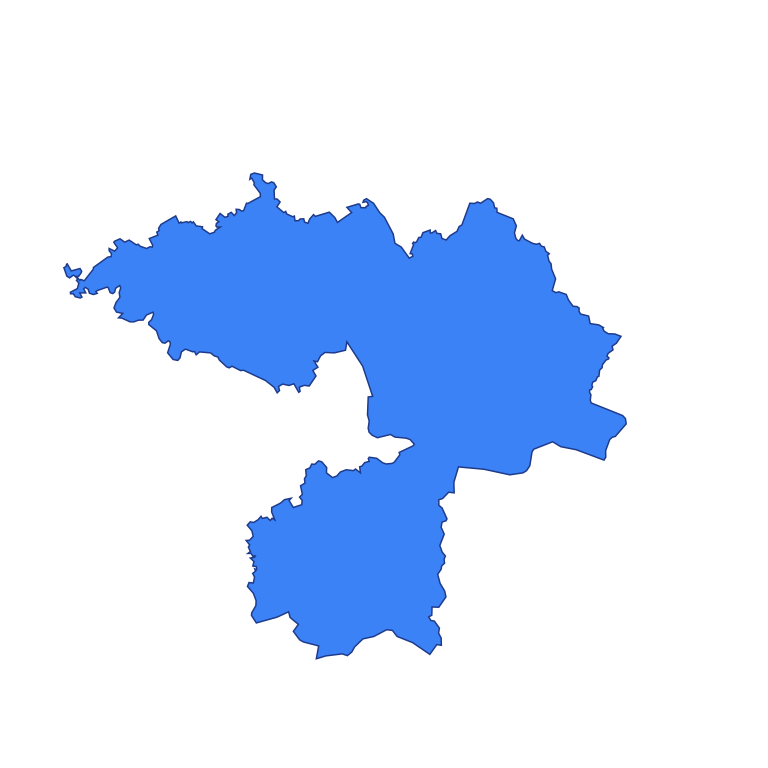 outline of Dhaka, Dhaka, Bangladesh, rotated 331°
{"feature_id": "16705992B90744549146712", "entity_name": "Dhaka", "entity_type": "district", "adm_level": 2, "iso_a3": "BGD", "parent_name": "Bangladesh", "parent_adm1": "Dhaka", "projection": "mercator", "projection_center": [90.205, 23.783], "detail": "fine", "context": "isolated", "style": "filled", "palette": "blue", "viewbox_px": 768, "rotation_deg": 331, "n_neighbors": 0, "source": "geoboundaries", "source_scale": "gbopen_adm2", "svg_char_len": 6171}
<svg xmlns="http://www.w3.org/2000/svg" viewBox="0 0 768 768"><g transform="rotate(331 384 384)"><path d="M283.3,136.0L266.3,136.3L262.4,138.5L261.6,140.9L258.9,141.0L258.4,144.2L249.2,143.0L248.9,150.7L247.6,151.9L245.9,150.5L242.1,150.4L237.6,145.4L236.7,142.5L234.8,142.2L230.9,134.6L226.0,134.2L223.5,129.0L217.5,128.5L216.4,129.0L217.0,135.8L212.8,137.2L209.3,132.2L208.2,134.2L208.8,137.9L207.1,140.3L204.0,139.1L186.4,141.2L185.3,142.7L171.9,148.4L169.5,145.6L168.2,145.9L167.3,140.8L169.4,141.7L173.1,139.9L174.2,138.8L174.1,135.6L165.3,133.5L165.2,125.4L164.5,125.3L162.7,127.1L160.4,127.1L158.9,135.9L160.5,138.8L164.8,138.2L165.7,139.0L167.1,143.5L165.3,144.3L166.0,147.8L162.1,151.9L154.2,151.7L153.6,153.1L156.0,154.5L156.3,158.0L160.0,161.5L162.0,161.5L162.0,156.8L167.3,159.7L167.5,155.2L169.5,154.6L171.2,157.7L170.4,161.8L173.3,164.9L177.1,165.7L176.8,163.5L178.7,163.3L188.8,165.0L189.5,166.2L188.8,171.3L190.6,173.4L192.9,173.0L195.8,170.1L200.6,169.8L200.3,172.3L196.7,175.7L195.0,180.2L189.3,182.7L184.7,186.6L184.9,191.4L189.7,195.6L183.9,197.4L186.6,199.2L192.1,206.6L195.4,208.4L200.1,209.1L204.3,211.3L209.7,208.5L216.8,209.2L216.3,211.3L212.0,215.0L208.2,216.0L207.1,218.0L210.8,227.2L209.3,235.3L210.1,240.3L212.2,242.1L216.3,241.7L217.2,242.9L216.6,245.5L209.9,251.8L211.4,260.3L215.1,263.4L218.3,262.2L222.4,257.7L227.2,257.2L232.3,263.1L234.0,263.7L233.9,267.4L238.2,266.5L247.4,272.7L249.1,277.0L251.8,279.9L251.6,283.2L254.7,292.7L256.4,294.8L259.7,294.8L265.1,302.8L267.7,303.7L282.1,323.6L286.3,333.7L286.3,339.9L289.4,339.1L290.6,335.0L295.3,334.9L300.2,339.2L305.3,340.1L305.4,349.9L307.0,349.8L308.4,345.7L313.6,346.5L317.6,349.5L328.4,344.0L328.3,337.6L334.3,337.3L334.0,330.0L336.6,332.3L342.2,328.6L347.7,327.8L355.7,332.7L366.7,335.8L372.0,329.1L374.0,358.0L368.1,389.3L363.9,387.7L354.6,403.0L353.1,409.2L348.7,415.1L347.6,418.9L348.8,423.1L352.2,427.8L365.2,431.3L367.8,435.7L377.1,442.1L379.9,445.2L381.3,451.3L379.4,452.2L364.1,451.2L363.5,453.6L354.7,457.5L352.4,457.3L347.1,455.0L344.6,452.2L341.6,445.4L335.6,440.9L334.1,441.6L333.5,444.5L329.0,443.4L324.8,445.1L322.6,444.6L320.3,450.3L317.9,444.6L315.2,444.9L309.4,440.7L303.2,439.8L298.1,441.6L293.6,440.9L290.6,433.8L293.4,429.2L291.8,421.8L289.4,419.5L284.5,420.7L282.0,419.0L278.5,421.4L274.0,421.0L271.5,426.6L268.5,428.3L266.8,432.4L261.7,432.5L259.1,440.9L255.3,442.0L256.0,446.1L253.5,449.7L244.8,448.0L244.5,439.9L247.4,438.9L240.9,436.9L235.7,438.0L225.9,437.6L223.7,441.5L222.6,449.9L221.1,447.2L218.3,448.2L217.0,443.8L212.4,442.6L212.3,440.1L207.9,441.7L202.8,441.9L200.2,439.7L195.9,441.2L197.3,448.2L195.8,453.8L190.6,455.5L187.6,454.0L188.5,459.6L186.3,460.9L185.9,465.7L182.8,466.2L185.6,467.7L185.7,470.8L188.1,471.9L186.7,472.8L182.7,471.4L184.2,476.3L181.0,479.6L183.8,481.6L183.1,483.8L182.3,484.6L181.3,483.1L180.9,485.4L177.3,486.0L177.2,490.1L173.2,494.7L169.7,492.2L166.4,494.9L168.3,503.6L167.1,511.5L164.5,515.7L157.4,520.0L155.9,522.1L156.5,531.1L177.7,536.1L190.1,537.0L188.7,542.8L192.6,552.7L184.8,556.4L186.2,566.8L188.3,570.4L199.9,581.4L191.6,591.5L201.3,593.6L216.6,599.8L220.3,603.8L225.9,602.8L230.8,599.7L242.0,596.7L252.7,599.9L267.2,600.2L271.9,603.6L273.1,611.2L283.6,624.0L293.0,642.7L303.8,637.5L307.5,640.3L310.8,634.0L311.0,628.3L314.1,624.4L313.1,615.7L310.4,613.7L310.1,609.4L313.7,609.4L317.9,602.3L323.7,605.8L335.0,600.2L336.7,594.4L336.4,585.6L338.7,576.4L344.1,573.8L346.3,571.0L350.1,570.1L351.6,566.4L354.3,564.2L353.4,559.3L354.5,552.3L363.9,544.5L364.5,537.0L367.8,532.9L371.9,533.7L373.7,532.5L374.7,520.6L373.2,516.7L375.8,511.8L379.7,512.6L388.1,510.0L392.6,513.2L397.4,503.9L408.9,492.6L430.2,507.1L450.0,524.4L462.5,529.1L466.7,528.9L471.9,526.2L480.5,515.2L483.3,513.6L503.5,516.3L508.3,524.6L520.2,534.6L539.5,557.2L542.5,555.5L545.5,549.8L554.5,542.0L557.9,541.2L560.8,542.0L576.5,536.3L578.4,531.3L577.4,527.3L556.0,501.0L556.5,498.3L559.8,493.6L559.7,491.2L560.9,488.9L562.7,489.3L565.2,487.5L565.0,486.2L567.3,483.6L570.9,483.8L573.9,481.3L575.7,481.4L579.3,476.4L582.7,475.5L584.4,473.0L589.8,470.7L592.5,471.0L593.4,470.2L592.5,467.6L595.0,465.8L600.8,465.2L601.9,461.5L607.0,461.0L614.4,457.2L610.1,452.1L604.5,448.8L602.1,444.4L602.4,441.1L603.2,441.0L600.5,436.4L593.6,431.1L595.9,423.8L589.8,418.0L589.9,414.8L591.5,412.2L590.3,409.8L587.0,407.6L586.1,399.9L586.8,394.0L581.5,388.1L578.7,387.5L576.4,383.9L585.1,375.2L586.3,364.8L588.4,359.9L587.9,356.6L589.5,350.7L591.7,350.2L589.9,346.5L590.6,341.8L588.5,339.8L588.2,336.4L585.1,335.7L582.1,333.0L577.2,325.5L577.1,320.9L572.0,324.2L570.6,323.6L569.9,320.6L571.4,315.0L576.4,309.9L577.1,302.2L566.1,288.7L567.9,285.0L566.2,283.6L567.6,278.6L566.5,273.9L564.5,272.1L556.1,272.7L554.0,270.1L550.7,270.0L546.7,267.5L529.3,282.6L526.1,282.7L521.8,285.9L513.6,286.3L508.2,288.2L505.2,284.8L506.4,280.1L503.3,277.9L503.5,274.8L499.2,275.1L497.7,274.3L499.0,271.7L491.4,270.5L487.5,273.7L485.5,272.7L481.7,275.3L479.7,275.6L478.7,274.2L477.1,275.0L477.3,276.6L470.1,282.6L471.8,284.0L471.2,286.3L467.1,286.1L465.5,272.6L461.8,266.2L464.8,257.1L465.2,238.3L463.3,232.1L462.5,220.9L458.5,213.4L455.4,213.4L453.7,214.9L456.7,215.8L457.5,217.5L457.0,220.2L454.5,220.0L453.6,221.0L449.3,218.6L449.9,215.1L449.0,214.1L437.2,211.5L438.8,218.4L421.6,220.1L421.7,214.7L419.5,207.2L405.2,204.1L404.5,201.7L398.9,203.7L395.4,206.6L393.0,203.8L393.9,200.6L390.6,199.0L388.2,199.7L385.3,198.0L387.0,193.7L385.4,193.6L381.4,188.2L381.7,185.4L379.5,185.6L376.2,177.1L381.4,174.4L380.2,170.4L377.9,169.1L381.9,161.1L385.4,159.4L385.2,154.6L383.6,152.7L380.2,152.6L378.2,150.9L376.7,146.5L379.1,142.3L372.9,136.6L369.1,136.1L365.9,139.9L368.1,139.8L368.1,145.1L366.8,146.7L368.2,157.1L366.8,160.2L352.7,160.1L351.4,159.2L345.3,164.3L343.2,163.7L342.2,161.4L339.4,159.5L338.0,162.8L334.7,164.1L333.6,159.8L329.8,159.8L328.7,161.7L325.7,161.1L323.3,155.4L316.7,158.8L318.2,162.0L315.3,162.3L313.7,164.2L313.7,165.5L316.9,167.3L310.9,167.8L309.4,169.0L304.4,168.2L300.3,160.0L301.5,158.5L296.4,154.7L295.9,149.8L294.2,150.0L293.6,148.0L290.9,147.9L290.4,146.5L285.1,144.9L285.0,143.8L282.8,144.1L283.3,136.0Z" fill="#3b82f6" stroke="#1e3a8a" stroke-width="1.5"/></g></svg>